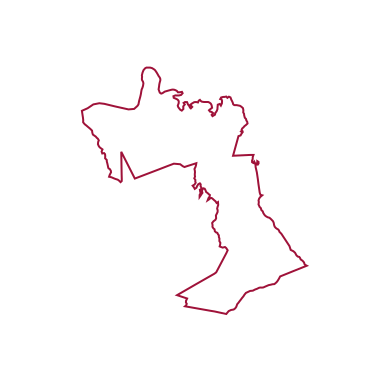 the district of Viana, Maranhão, Brazil, rotated 212°
{"feature_id": "56859067B39245946718255", "entity_name": "Viana", "entity_type": "district", "adm_level": 2, "iso_a3": "BRA", "parent_name": "Brazil", "parent_adm1": "Maranhão", "projection": "robinson", "projection_center": [-44.985, -3.13], "detail": "fine", "context": "isolated", "style": "outline", "palette": "rose", "viewbox_px": 384, "rotation_deg": 212, "n_neighbors": 0, "source": "geoboundaries", "source_scale": "gbopen_adm2", "svg_char_len": 5074}
<svg xmlns="http://www.w3.org/2000/svg" viewBox="0 0 384 384"><g transform="rotate(212 192 192)"><path d="M328.4,202.5L323.9,197.3L322.4,195.4L321.3,193.5L320.1,193.0L318.7,192.6L316.8,192.4L314.9,192.1L313.4,191.9L311.5,191.6L309.3,191.1L308.0,189.5L306.5,188.2L305.2,188.1L303.0,188.0L301.5,187.5L300.1,187.3L298.4,186.4L298.1,184.7L297.1,182.7L295.5,181.6L294.1,181.0L292.4,180.8L290.5,180.7L290.1,178.4L288.5,177.1L287.2,178.4L285.8,178.0L284.7,176.6L283.5,174.5L281.3,174.0L280.4,172.7L279.1,171.5L277.3,169.7L276.3,168.6L275.3,167.8L273.9,167.9L272.1,167.0L271.1,165.8L270.9,163.1L270.4,161.0L268.1,161.8L265.4,162.2L263.8,162.5L261.5,163.1L260.0,163.0L257.8,162.5L257.4,164.0L258.3,165.6L260.7,169.2L273.3,188.6L247.6,173.1L232.3,193.3L226.3,201.3L222.4,206.4L216.7,209.3L213.5,209.0L211.6,209.2L210.4,210.7L203.6,218.7L202.8,216.8L202.3,215.0L202.1,212.8L200.8,211.5L199.8,210.1L199.2,208.8L198.5,207.7L197.6,206.7L197.3,204.8L195.5,204.0L194.9,202.8L193.8,201.8L193.8,199.7L194.8,197.7L192.9,197.0L191.3,196.1L190.5,198.0L190.8,199.5L190.8,201.9L189.9,203.5L188.7,203.1L187.8,201.5L186.5,200.7L185.6,199.1L186.5,198.1L185.4,196.8L184.1,195.6L184.0,193.6L182.9,191.8L182.8,193.7L182.8,195.2L182.7,196.8L183.8,197.8L184.4,199.0L184.4,201.1L183.0,201.5L181.4,200.6L180.0,199.5L178.4,199.4L176.9,199.1L175.2,198.9L174.6,197.3L174.8,195.7L174.3,193.3L173.5,195.1L173.2,196.5L172.2,197.3L170.9,197.2L168.8,196.8L167.2,196.6L165.3,195.7L164.6,197.2L163.8,196.1L162.9,194.9L162.4,192.8L161.8,191.1L160.7,190.3L159.7,188.6L159.5,187.0L159.3,184.8L157.6,182.5L157.4,180.8L158.3,178.5L158.5,176.4L157.0,174.8L156.2,173.3L154.6,172.5L153.1,172.3L151.8,170.8L150.1,170.5L148.9,170.8L147.5,169.9L146.3,169.5L145.3,168.0L144.1,167.1L142.8,164.9L141.0,163.9L140.2,162.2L139.7,160.5L138.4,160.7L136.5,161.1L134.9,162.8L133.3,162.6L130.9,161.5L130.5,158.5L128.9,136.7L129.7,134.6L139.7,116.0L150.0,96.6L139.7,99.1L139.4,96.5L138.6,95.1L137.2,94.4L136.9,92.8L137.3,91.4L124.9,96.4L113.5,101.0L109.7,102.6L98.3,106.7L97.8,110.4L96.4,112.6L94.4,114.4L93.7,116.2L93.6,118.1L94.2,120.8L93.9,122.8L93.8,124.4L93.6,126.1L93.4,128.6L93.1,130.8L93.1,132.7L92.8,135.0L91.9,136.4L90.3,138.9L89.1,139.8L88.1,140.6L86.8,142.8L85.6,144.3L84.3,146.4L83.3,147.3L82.0,148.0L80.9,148.9L79.7,150.7L77.6,153.7L76.0,155.2L75.0,156.3L73.3,157.6L72.5,160.2L72.3,161.9L72.3,164.4L72.5,167.1L64.0,178.8L55.6,190.3L57.4,190.2L58.6,190.6L59.6,191.6L61.9,192.3L64.1,192.4L65.4,193.3L66.6,193.8L68.0,193.3L69.8,193.6L72.4,195.1L74.6,195.5L77.6,195.2L78.8,196.2L80.7,197.8L94.0,203.9L96.8,204.6L97.9,205.5L99.2,205.9L100.6,205.8L101.8,205.9L103.5,206.4L105.1,207.7L106.2,209.0L107.7,210.1L110.3,210.8L112.6,211.2L114.3,210.7L115.9,210.6L117.3,210.7L118.6,211.1L120.3,211.9L121.8,213.1L123.5,213.4L125.1,214.8L126.8,215.2L127.9,216.0L129.0,216.7L130.0,218.9L131.1,220.1L131.6,222.1L131.4,224.2L130.7,226.4L132.5,225.9L134.2,227.3L139.9,234.0L142.8,237.6L147.4,243.0L149.2,244.8L151.2,246.8L153.1,249.4L155.4,250.8L155.5,249.1L156.8,249.1L157.7,250.4L158.0,252.1L159.0,253.8L159.5,256.0L162.1,254.4L176.4,244.5L182.2,264.0L180.8,265.7L180.9,267.8L180.8,269.3L182.2,269.3L181.6,270.4L182.8,270.7L183.1,272.4L182.6,274.2L182.4,275.7L181.8,277.2L181.2,279.5L182.5,280.9L183.8,281.4L184.8,282.5L186.6,283.0L188.5,284.8L189.3,285.9L190.7,286.6L191.8,288.6L193.2,290.1L195.4,290.5L197.1,290.5L200.0,289.4L202.2,288.1L203.5,288.2L204.6,289.2L206.0,290.2L207.4,291.0L209.5,292.6L211.2,292.4L211.9,290.6L213.5,291.1L214.9,289.8L216.1,289.0L217.4,287.6L217.3,285.8L216.0,286.2L214.8,285.2L213.6,283.0L213.3,280.6L215.1,281.4L216.4,279.7L215.1,277.1L214.3,275.7L213.9,273.4L214.1,271.6L213.5,269.7L214.8,267.2L216.2,267.8L215.9,270.1L217.8,270.3L219.3,269.7L220.9,270.3L220.4,271.9L219.6,274.1L221.4,276.0L222.9,276.9L224.5,277.1L226.0,276.9L229.7,274.6L231.6,273.8L233.0,273.9L234.1,274.3L234.7,273.0L234.4,271.1L236.2,270.5L237.7,269.4L239.0,266.9L239.6,265.2L238.4,264.7L236.9,264.3L237.3,262.3L238.5,262.5L239.8,263.4L241.8,264.1L243.8,265.6L245.6,264.6L246.3,263.1L244.5,262.4L244.8,260.0L243.3,257.8L243.8,255.6L245.5,255.5L248.5,256.6L249.8,257.6L250.4,260.4L251.4,262.0L252.6,262.6L253.9,262.7L255.5,262.5L257.4,262.2L258.5,263.4L257.3,265.1L255.9,265.9L254.2,267.0L252.7,268.5L252.3,270.8L253.6,271.6L255.1,270.2L256.7,269.1L258.4,269.7L260.0,269.6L261.6,269.2L263.0,268.4L264.0,267.4L265.5,265.8L268.3,262.7L269.4,260.2L270.3,259.1L272.0,259.2L274.7,261.3L275.8,263.9L276.7,265.8L277.3,267.4L278.0,269.8L278.7,271.0L280.0,272.0L281.6,272.6L283.4,273.6L285.1,274.5L287.8,275.7L289.1,275.9L291.5,275.9L293.5,275.3L295.0,274.3L296.6,273.3L297.3,272.1L297.7,269.6L297.2,267.0L296.3,264.3L295.4,263.3L294.8,262.0L293.9,260.6L291.9,259.5L290.8,258.4L289.8,256.1L289.3,254.2L289.0,252.2L288.3,250.4L287.4,248.3L286.9,247.0L286.3,245.2L285.1,241.2L283.8,237.8L283.9,236.0L285.1,231.8L289.6,228.4L302.6,223.8L313.1,220.3L317.6,218.2L322.1,214.0L324.9,207.7L328.4,202.5ZM153.1,249.4L151.8,249.4L150.7,250.1L150.7,251.5L151.6,252.8L153.0,252.8L152.0,251.2L153.1,249.4Z" fill="none" stroke="#9f1239" stroke-width="2"/></g></svg>